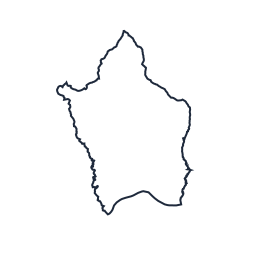 the district of Eselnita, Mehedinti, Romania, rotated 25°
{"feature_id": "2599482B71409986806106", "entity_name": "Eselnita", "entity_type": "district", "adm_level": 2, "iso_a3": "ROU", "parent_name": "Romania", "parent_adm1": "Mehedinti", "projection": "orthographic", "projection_center": [22.261, 44.728], "detail": "fine", "context": "isolated", "style": "outline", "palette": "slate", "viewbox_px": 256, "rotation_deg": 25, "n_neighbors": 0, "source": "geoboundaries", "source_scale": "gbopen_adm2", "svg_char_len": 5809}
<svg xmlns="http://www.w3.org/2000/svg" viewBox="0 0 256 256"><g transform="rotate(25 128 128)"><path d="M183.9,114.4L183.7,113.2L183.6,108.5L183.4,107.4L183.1,106.5L183.8,105.7L183.4,105.0L183.3,104.6L183.8,103.5L183.7,102.7L182.9,102.1L182.8,100.2L182.8,99.5L182.5,98.6L181.6,97.5L180.9,95.5L180.6,95.1L180.4,93.7L179.7,92.9L179.2,91.6L178.9,90.0L178.0,88.5L177.2,87.5L176.5,85.0L175.4,83.2L173.8,82.9L172.4,81.6L170.7,80.8L169.5,79.9L168.5,79.5L165.4,79.2L164.6,80.3L161.7,82.0L160.6,82.2L157.9,81.7L156.6,81.6L155.6,81.7L154.2,82.3L150.1,80.7L148.7,79.4L146.6,78.5L144.9,77.3L142.9,77.2L141.2,77.3L139.1,77.0L138.1,77.0L136.1,76.4L135.0,76.7L134.1,76.6L133.2,76.8L131.4,76.7L129.5,76.3L129.1,76.0L128.5,75.2L128.2,75.1L127.0,75.3L124.8,75.1L121.5,72.9L121.1,72.5L120.7,71.6L120.5,70.8L119.9,69.9L119.1,66.6L118.7,65.7L117.5,65.5L116.8,65.1L115.6,64.9L113.8,64.2L113.8,63.7L113.7,63.3L113.9,60.8L113.7,59.8L113.2,58.8L112.0,57.3L111.4,56.0L110.2,54.8L109.4,53.2L108.7,52.5L107.9,50.9L105.6,49.6L103.3,49.6L102.7,50.1L100.1,49.0L99.0,47.8L98.1,47.3L96.5,46.6L96.3,46.1L94.2,44.5L93.2,44.5L92.4,44.1L91.3,44.0L90.3,43.6L89.4,43.9L89.0,43.2L88.3,42.6L87.3,42.1L85.6,42.2L84.2,41.8L83.5,41.8L82.8,41.2L83.3,42.5L83.6,44.2L83.6,45.3L84.1,46.4L83.9,47.3L83.5,50.5L82.7,53.2L82.8,54.1L82.6,54.8L82.6,55.6L82.8,56.2L82.7,57.2L83.0,58.8L82.4,59.9L81.5,60.7L80.4,63.4L78.3,65.2L78.1,65.9L77.5,66.7L77.3,67.4L77.6,68.5L77.6,70.1L77.3,71.1L77.3,71.7L77.1,72.2L77.2,73.0L77.1,74.5L76.4,75.6L74.9,76.9L74.9,77.7L74.7,78.3L75.1,78.7L75.6,79.9L76.6,80.4L76.9,80.8L76.4,81.6L76.1,83.9L75.7,85.5L76.1,86.7L76.9,87.3L77.5,88.6L77.3,89.4L77.3,90.9L79.6,93.3L80.0,94.2L80.9,95.5L79.7,96.1L79.4,97.5L79.2,97.8L79.3,98.2L78.7,98.8L78.0,100.1L76.7,101.3L76.1,102.2L75.3,102.6L74.1,103.8L72.4,106.6L72.4,107.1L73.1,107.7L73.6,108.7L73.7,109.6L73.4,110.5L73.1,110.8L72.4,110.8L71.6,110.5L70.6,112.4L69.4,113.8L68.1,114.9L67.0,115.5L65.4,115.6L64.4,115.4L62.0,115.9L60.2,115.8L59.0,115.5L58.4,114.1L57.5,114.2L56.3,115.0L55.3,115.0L53.0,112.8L52.9,113.7L52.1,115.0L51.8,116.1L51.3,117.0L51.4,118.6L49.5,118.2L48.7,118.6L48.1,119.2L47.7,119.9L47.5,120.5L47.6,121.4L47.5,122.6L47.6,123.5L48.5,124.8L50.4,126.4L52.8,126.6L55.2,126.2L56.1,126.3L56.4,126.9L57.7,127.5L58.1,129.4L61.2,127.2L62.2,127.1L63.7,127.6L63.9,131.1L65.2,131.5L65.7,131.5L66.7,133.0L66.9,133.6L66.7,134.4L66.8,134.9L66.5,135.6L67.9,137.2L69.3,138.0L69.8,139.1L70.7,139.7L71.1,141.1L74.5,142.7L76.7,144.7L77.1,145.9L77.1,147.2L77.3,147.6L77.6,147.9L78.3,149.2L79.5,149.0L81.7,150.5L82.7,152.9L83.0,153.0L83.0,153.4L83.6,154.1L83.7,154.5L83.5,154.8L83.5,155.7L83.9,156.0L84.0,156.5L84.6,157.0L85.0,157.6L86.2,158.4L86.9,158.6L89.3,158.5L89.1,160.1L89.3,160.3L92.4,161.0L92.8,161.5L93.2,161.7L93.9,161.1L95.0,160.5L95.4,161.6L96.0,161.9L96.6,163.0L97.4,162.9L98.0,163.2L98.5,163.6L100.6,164.0L100.8,165.1L101.2,165.6L101.2,166.1L101.4,166.5L103.2,167.1L103.5,167.4L104.0,168.2L104.3,169.1L104.6,169.5L105.6,169.9L105.9,170.8L107.0,171.2L108.5,171.1L108.8,171.3L108.9,171.6L108.6,172.2L108.7,172.6L109.0,172.8L110.2,172.7L110.8,171.8L111.1,171.8L111.1,173.2L110.8,174.9L110.9,175.1L111.1,175.2L111.6,174.9L111.9,175.2L112.0,175.7L111.6,176.4L111.6,176.7L111.3,177.1L111.3,177.3L112.2,177.3L112.5,177.4L112.6,177.7L112.5,178.0L111.6,178.8L111.3,179.1L111.9,179.8L113.5,180.7L114.2,180.5L114.8,180.2L115.3,180.1L115.6,180.2L116.0,180.6L115.8,181.8L115.8,182.6L115.9,183.3L116.2,183.8L116.6,184.1L117.6,184.2L118.1,185.1L119.1,185.5L119.0,186.0L118.7,186.3L117.4,187.0L117.2,187.4L118.6,189.1L118.9,189.2L119.2,188.4L119.5,188.2L120.0,188.4L120.2,188.9L119.5,189.6L119.3,190.0L119.3,191.5L119.6,192.2L119.5,194.3L119.9,195.3L120.2,195.4L121.1,196.6L121.3,196.5L122.1,195.8L123.6,195.7L124.6,193.8L124.8,193.5L125.2,193.5L125.4,193.9L125.1,195.0L124.7,196.0L123.9,197.3L124.4,198.8L125.0,199.6L125.0,200.0L125.3,201.0L128.0,202.3L130.1,202.9L130.3,204.0L131.0,205.5L130.9,206.1L131.1,206.2L131.4,205.8L131.9,206.2L132.6,206.4L132.9,206.5L133.7,206.2L135.7,207.7L136.7,209.0L137.0,209.0L137.5,209.3L137.9,209.1L139.1,209.0L138.9,209.8L138.6,210.2L138.6,211.4L139.4,212.1L140.0,213.3L141.1,213.2L141.8,212.8L142.6,213.3L146.2,214.8L146.8,214.2L147.5,213.1L148.2,210.9L148.5,208.6L148.1,204.1L149.2,200.2L151.3,196.5L152.6,194.8L155.5,192.1L159.7,188.6L161.4,186.8L164.7,182.4L167.4,179.7L168.6,178.8L173.8,177.6L179.1,179.5L182.0,180.4L186.2,181.3L193.5,181.7L196.3,181.2L197.9,180.7L204.4,177.8L208.5,174.8L205.8,171.1L205.8,170.5L205.4,169.5L205.5,169.4L205.4,169.1L205.5,168.9L205.6,168.2L205.6,167.6L206.0,167.1L205.9,166.7L206.1,165.6L206.0,164.3L205.8,163.9L205.1,163.9L204.2,163.1L204.1,162.9L204.6,162.5L203.9,162.0L203.5,161.1L203.5,160.0L204.1,159.6L204.1,159.2L203.9,158.1L204.1,157.0L204.0,156.3L204.5,155.2L204.4,154.8L203.9,154.3L204.0,154.0L203.9,153.5L204.4,153.2L204.2,153.0L203.7,153.1L203.2,152.9L203.0,152.2L203.5,152.3L203.3,151.9L202.6,151.5L201.7,150.7L202.3,150.6L202.2,150.5L200.8,149.6L201.0,148.3L201.4,148.1L201.7,147.1L201.0,146.6L201.0,146.4L201.2,146.1L201.5,146.0L201.4,145.3L201.8,144.9L201.4,144.5L202.0,143.6L201.9,142.7L202.3,141.6L202.3,140.9L202.1,140.0L202.6,139.6L201.7,139.7L201.1,139.3L200.7,139.9L199.7,140.2L200.2,139.5L199.8,139.5L199.8,139.0L199.4,139.1L199.3,138.8L199.5,138.5L198.9,138.1L198.2,137.5L197.8,136.8L197.4,137.3L196.1,136.6L195.5,136.1L195.4,135.8L196.0,135.2L195.8,135.0L195.6,135.2L195.3,134.8L195.3,134.6L194.8,134.2L194.3,133.5L193.0,133.3L193.0,133.1L192.4,132.7L191.6,132.8L190.8,131.4L190.3,131.2L190.0,131.2L189.8,130.6L189.4,130.4L188.8,129.0L187.4,126.9L187.0,126.6L186.0,124.1L185.3,123.0L185.3,120.5L185.2,120.2L184.9,119.9L184.6,118.6L184.7,117.5L184.4,116.2L184.1,115.8L183.5,115.5L183.1,114.8L181.6,113.4L182.2,113.8L183.6,114.6L183.9,114.4Z" fill="none" stroke="#1e293b" stroke-width="2"/></g></svg>